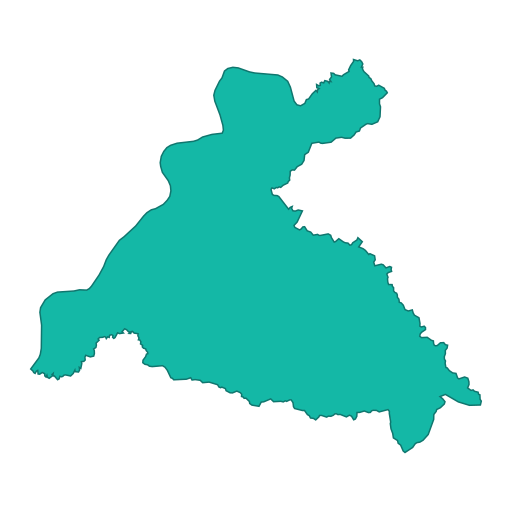 the district of São Borja, Rio Grande do Sul, Brazil
{"feature_id": "56859067B95150406275386", "entity_name": "São Borja", "entity_type": "district", "adm_level": 2, "iso_a3": "BRA", "parent_name": "Brazil", "parent_adm1": "Rio Grande do Sul", "projection": "natural_earth1", "projection_center": [-55.782, -28.711], "detail": "fine", "context": "isolated", "style": "filled", "palette": "teal", "viewbox_px": 512, "rotation_deg": 0, "n_neighbors": 0, "source": "geoboundaries", "source_scale": "gbopen_adm2", "svg_char_len": 5997}
<svg xmlns="http://www.w3.org/2000/svg" viewBox="0 0 512 512"><path d="M306.4,99.6L304.8,103.4L300.6,105.8L296.9,104.8L294.1,101.1L290.4,87.2L287.7,81.3L282.4,77.0L277.9,75.0L254.8,73.0L249.5,71.9L238.2,67.9L232.9,67.3L227.8,68.5L224.5,71.0L222.0,77.9L219.5,81.2L215.0,90.4L213.8,95.2L214.8,101.1L220.0,114.9L222.9,125.4L223.4,130.2L222.2,133.2L212.0,134.4L202.6,137.0L197.7,140.0L193.6,141.3L177.1,143.2L170.6,145.3L166.9,147.6L163.8,151.4L161.3,156.3L160.2,162.7L160.7,166.5L162.4,172.4L168.3,180.7L170.4,185.7L170.9,190.9L169.8,196.4L167.2,200.3L163.3,204.4L155.5,208.7L151.3,209.8L146.9,212.7L143.6,216.1L135.7,226.0L124.0,236.8L119.4,240.3L108.9,255.1L106.3,259.7L103.7,266.5L99.1,275.0L91.5,286.2L89.3,288.6L86.7,290.1L79.5,289.8L74.0,291.0L57.5,292.1L53.0,293.7L45.2,299.9L40.6,307.6L39.9,312.3L41.6,325.2L41.3,348.4L40.3,354.3L38.9,357.9L30.7,369.0L33.0,371.1L33.7,372.5L35.1,373.4L36.5,371.0L37.7,370.4L38.1,374.0L39.7,374.2L42.2,372.5L44.6,373.6L44.8,375.9L46.0,377.0L46.9,375.2L47.4,377.3L49.2,378.3L52.9,375.5L54.4,376.0L57.6,379.7L59.1,378.9L59.9,376.3L61.4,376.8L62.8,376.4L63.9,375.2L65.5,374.9L70.6,376.0L73.2,373.5L74.9,370.1L75.2,371.7L78.5,372.0L79.6,370.1L79.3,367.4L80.8,368.4L81.8,363.6L81.4,361.6L83.8,361.4L85.2,360.0L84.9,357.2L85.7,355.3L90.3,356.9L93.7,356.1L94.4,353.6L94.3,350.6L93.6,349.0L95.9,347.5L96.4,345.1L96.1,343.1L99.1,340.2L98.1,339.0L99.6,337.5L102.8,337.3L104.3,336.6L105.6,337.0L106.3,338.6L107.7,336.8L109.2,337.4L109.6,335.3L111.5,334.7L113.0,335.5L112.6,337.3L113.8,338.4L115.0,337.6L117.6,332.8L119.5,333.6L123.4,333.0L122.1,331.7L124.6,328.8L126.6,329.7L128.7,332.0L132.9,331.7L134.1,333.1L138.1,333.7L137.9,335.8L139.0,338.0L138.4,339.8L139.8,340.0L140.9,341.8L140.5,343.9L142.6,345.4L142.3,346.9L143.5,348.2L145.7,348.9L146.2,350.6L147.6,352.1L147.8,353.7L146.5,354.1L145.6,356.7L143.0,360.2L142.8,362.7L144.9,364.3L147.6,364.8L149.4,366.2L152.2,366.6L162.5,365.7L165.0,367.2L167.3,370.3L170.8,377.7L172.5,378.4L173.7,379.8L186.4,379.2L190.7,377.7L192.0,380.0L195.2,379.6L200.2,380.3L202.7,382.7L209.1,382.1L217.6,384.7L218.9,387.0L220.6,387.7L221.8,387.1L225.4,388.6L226.1,390.7L230.1,392.8L232.5,392.9L236.8,391.1L240.4,392.7L241.7,394.3L241.5,396.5L243.1,397.0L244.1,398.3L246.0,398.2L249.4,401.5L249.7,403.5L251.9,405.1L259.0,406.3L261.2,402.1L263.8,401.8L270.7,398.9L273.6,401.7L280.7,401.3L283.3,401.9L285.3,400.8L286.6,401.4L289.9,399.8L291.2,399.9L293.0,402.7L293.5,406.7L294.6,408.5L302.4,410.5L304.5,410.5L307.4,414.6L309.3,415.7L310.5,418.0L313.5,418.4L315.7,419.9L318.9,416.9L319.5,415.5L321.5,415.4L326.6,417.1L328.5,416.1L330.9,416.3L333.4,415.2L334.7,414.0L336.2,413.7L337.9,414.6L340.2,414.4L346.4,416.9L349.4,415.2L351.5,416.2L353.7,419.8L355.4,419.0L356.8,416.3L357.0,412.5L359.7,412.4L364.3,411.0L368.5,412.6L370.4,412.4L371.6,410.8L373.2,410.3L376.5,410.4L379.2,411.9L388.0,409.6L389.4,411.4L389.3,413.4L390.7,422.1L390.3,423.6L391.0,428.8L392.7,433.4L393.4,437.9L397.5,440.5L398.2,443.3L400.6,445.0L403.2,451.0L405.0,452.5L412.7,447.4L415.0,444.0L416.7,442.7L419.9,442.1L423.1,440.2L428.2,434.5L433.7,419.4L433.8,414.5L436.1,411.5L436.7,409.5L440.4,407.7L444.3,404.0L445.0,401.7L442.6,398.7L440.0,396.6L445.4,394.4L458.3,401.9L469.4,405.3L480.4,405.0L481.3,401.1L480.1,399.3L479.9,394.8L478.6,394.3L478.1,392.2L474.5,391.3L473.1,389.9L471.0,390.4L467.6,387.9L469.0,384.5L468.9,381.7L467.8,378.2L464.6,377.0L458.9,378.9L457.6,378.0L456.0,373.4L452.6,372.9L449.3,370.6L447.2,367.9L445.9,367.5L445.1,363.1L445.5,361.0L444.4,359.0L444.3,356.7L445.4,353.6L445.3,350.4L447.1,348.1L447.6,345.2L445.4,344.7L443.7,342.6L440.4,342.8L437.2,345.6L435.3,345.8L434.2,345.1L433.6,343.5L433.4,340.9L431.4,340.3L427.2,337.3L421.5,337.6L419.7,336.3L420.2,333.9L421.7,332.2L425.5,329.6L425.5,327.6L424.2,326.2L421.3,327.0L419.8,326.1L420.0,323.5L419.0,317.8L414.4,315.2L413.1,312.8L412.3,309.9L408.3,311.0L405.0,309.6L403.3,305.2L401.2,302.9L399.3,302.3L398.9,299.2L397.4,297.3L397.3,294.9L396.6,293.2L394.8,292.4L393.6,290.9L393.6,287.7L392.4,286.3L392.1,284.6L388.6,284.5L387.8,282.2L387.5,278.7L388.0,277.3L386.8,274.0L388.4,272.5L391.6,271.4L391.1,269.6L391.5,267.3L389.8,266.5L386.0,267.9L383.2,264.8L381.3,264.2L374.8,265.8L373.7,262.1L375.2,259.8L374.6,255.8L369.9,253.7L368.8,254.5L365.4,250.4L363.1,248.7L358.7,246.9L362.3,241.7L357.9,237.7L356.9,240.0L352.8,242.7L351.5,244.7L349.9,245.2L348.0,243.1L345.3,242.8L343.5,242.0L338.8,238.7L335.5,241.6L334.2,242.1L331.4,237.6L330.7,235.3L328.2,233.9L320.6,235.4L319.0,235.4L317.6,234.4L313.3,235.2L310.7,232.1L307.2,230.8L304.6,226.7L302.9,226.9L300.9,229.2L299.5,229.9L294.8,227.4L294.0,225.4L297.1,222.1L302.4,210.9L298.2,210.0L295.3,211.1L292.9,210.8L291.6,208.3L292.2,206.5L290.3,207.3L288.6,209.2L278.8,196.5L277.1,195.6L273.8,195.4L272.3,194.3L271.0,189.4L272.0,187.9L274.3,188.8L276.2,187.5L277.7,187.8L279.2,186.8L280.7,187.4L283.2,185.2L287.7,183.0L288.2,181.6L289.7,180.1L289.4,177.9L290.1,175.1L290.2,171.3L292.3,169.9L294.5,170.1L297.3,166.6L301.7,164.2L304.0,160.5L304.7,154.6L308.3,152.2L311.8,143.3L318.9,142.1L320.8,143.2L322.5,143.4L331.1,142.2L335.9,138.1L341.6,137.3L345.1,138.2L350.6,138.1L354.1,135.0L356.1,132.0L359.4,131.0L360.5,128.0L366.2,124.1L367.7,123.6L371.9,124.3L377.7,121.8L380.0,116.8L380.5,106.8L379.5,103.9L379.5,99.2L382.5,97.7L387.3,92.8L386.5,91.2L385.1,90.2L384.3,88.3L378.7,85.2L376.7,86.3L374.7,85.9L374.1,83.8L371.7,80.7L370.8,78.6L369.1,77.5L368.7,76.0L364.0,71.7L363.1,70.2L362.4,68.6L362.8,67.2L361.4,67.1L362.8,64.0L361.6,61.6L359.8,59.9L357.7,60.8L353.5,59.5L353.6,61.4L350.7,65.5L348.6,69.9L349.1,71.4L343.4,74.8L342.0,76.3L335.1,74.8L333.7,73.4L331.0,73.0L331.5,77.0L329.6,79.4L331.0,81.6L329.4,81.4L329.1,83.0L327.6,81.3L324.8,80.6L323.7,82.9L321.5,82.2L320.1,83.1L320.3,85.4L318.7,85.7L316.6,84.5L316.8,87.7L319.1,88.6L317.6,89.8L317.3,92.0L315.9,90.4L312.3,93.8L308.6,99.0L306.4,99.6ZM52.9,375.5L52.0,374.5L53.2,373.4L52.9,375.5ZM131.2,332.0L129.3,333.4L130.7,333.5L131.2,332.0Z" fill="#14b8a6" stroke="#0f766e" stroke-width="1.5"/></svg>